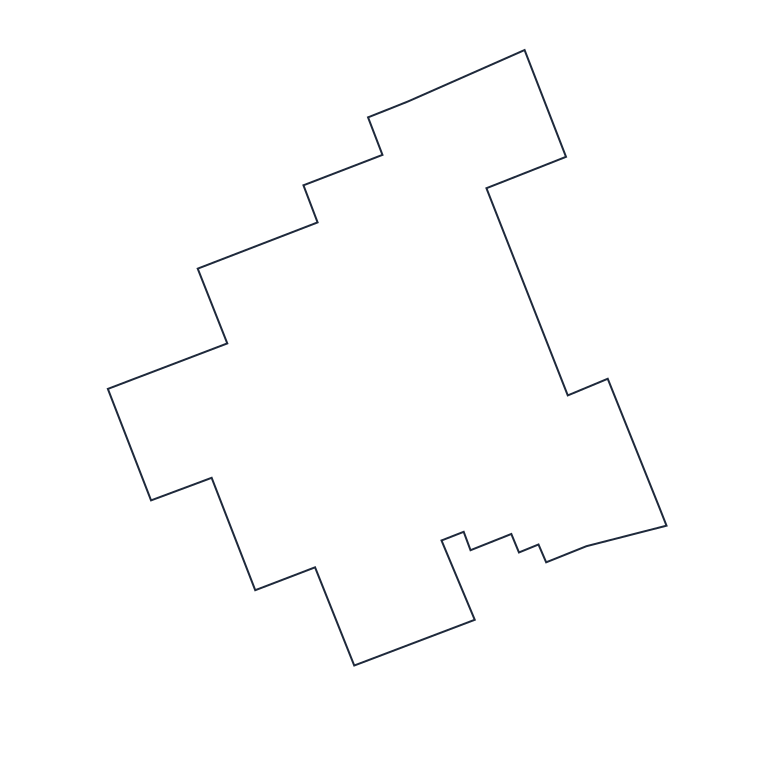 the district of Noble, Ohio, United States of America, rotated 337°
{"feature_id": "52423323B8132923889565", "entity_name": "Noble", "entity_type": "district", "adm_level": 2, "iso_a3": "USA", "parent_name": "United States of America", "parent_adm1": "Ohio", "projection": "robinson", "projection_center": [-81.451, 39.767], "detail": "fine", "context": "isolated", "style": "outline", "palette": "slate", "viewbox_px": 768, "rotation_deg": 337, "n_neighbors": 0, "source": "geoboundaries", "source_scale": "gbopen_adm2", "svg_char_len": 526}
<svg xmlns="http://www.w3.org/2000/svg" viewBox="0 0 768 768"><g transform="rotate(337 384 384)"><path d="M127.9,280.6L124.1,400.1L188.7,403.0L184.9,523.5L248.9,525.8L246.6,631.5L375.4,636.5L375.8,550.5L399.6,551.2L398.7,570.8L442.6,571.8L442.4,591.8L463.5,592.1L463.6,611.5L507.0,612.4L588.7,624.8L589.2,605.7L592.0,466.6L548.7,466.3L554.8,243.8L640.3,246.0L643.9,131.5L516.3,133.3L473.5,132.3L472.1,172.5L387.5,169.6L386.0,209.3L257.6,205.0L255.6,285.4L127.9,280.6Z" fill="none" stroke="#1e293b" stroke-width="2"/></g></svg>